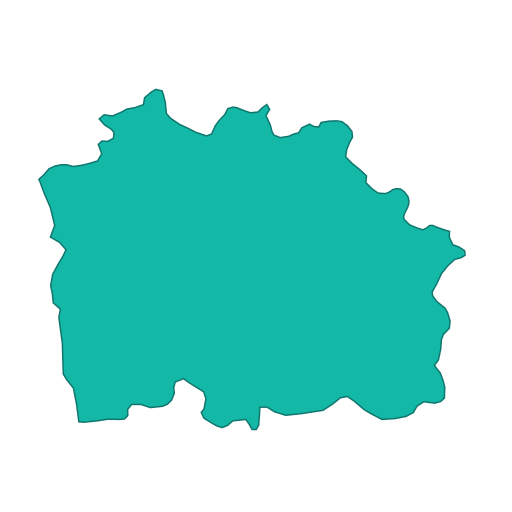 Svislach, Grodno, Belarus (Mercator projection), rotated 354°
{"feature_id": "67162791B1668576645583", "entity_name": "Svislach", "entity_type": "district", "adm_level": 2, "iso_a3": "BLR", "parent_name": "Belarus", "parent_adm1": "Grodno", "projection": "mercator", "projection_center": [24.286, 52.932], "detail": "fine", "context": "isolated", "style": "filled", "palette": "teal", "viewbox_px": 512, "rotation_deg": 354, "n_neighbors": 0, "source": "geoboundaries", "source_scale": "gbopen_adm2", "svg_char_len": 2657}
<svg xmlns="http://www.w3.org/2000/svg" viewBox="0 0 512 512"><g transform="rotate(354 256 256)"><path d="M451.1,251.8L446.9,250.1L439.7,246.7L434.7,244.0L432.0,243.8L428.0,246.3L424.5,247.4L418.2,244.5L411.8,240.9L407.2,235.1L406.8,232.4L408.5,228.7L412.0,223.3L413.3,220.2L413.9,217.2L413.3,212.7L410.2,207.7L406.6,204.4L402.7,203.7L399.1,204.2L395.6,206.2L391.4,207.5L384.0,206.2L378.8,201.7L372.9,194.5L374.3,187.9L367.7,180.4L361.1,173.8L355.5,166.7L357.3,159.7L361.1,152.6L364.4,147.9L364.4,142.2L360.6,136.1L355.5,131.4L350.3,130.0L342.8,129.5L334.8,130.0L331.9,134.2L327.2,133.3L323.0,130.5L315.0,133.3L311.2,138.0L307.0,138.5L300.9,140.4L292.4,140.8L286.3,137.5L284.9,133.8L283.9,127.2L280.6,117.3L284.9,111.6L282.5,106.5L276.9,109.8L273.1,113.0L270.7,113.0L265.6,113.0L259.4,110.2L252.4,106.5L248.6,105.5L243.4,106.5L239.7,112.1L233.1,117.8L229.3,122.0L224.6,130.0L219.4,131.4L209.1,126.7L201.1,121.5L194.0,117.3L185.5,110.2L181.8,105.0L181.8,99.4L181.8,93.3L180.8,86.2L179.9,82.0L176.2,80.7L173.8,79.8L169.2,81.9L161.7,87.0L159.9,93.7L151.2,95.8L143.0,96.4L137.3,98.8L128.0,101.8L119.8,99.7L114.4,103.3L119.2,109.9L125.3,114.8L127.7,118.4L126.5,124.1L120.4,126.5L114.7,125.6L110.8,128.6L112.3,134.3L113.2,138.3L108.4,144.9L99.0,146.7L91.5,147.6L83.7,147.9L77.4,145.5L71.9,144.9L65.6,145.5L59.3,147.6L53.6,153.0L48.0,157.1L48.7,158.7L51.9,171.3L56.6,186.4L59.0,204.6L53.5,215.7L62.2,222.0L67.7,229.9L63.8,236.3L59.0,242.6L51.9,252.9L48.7,264.0L49.5,271.9L49.5,281.4L55.9,288.5L53.5,296.5L54.3,322.6L52.0,353.1L54.5,358.7L60.6,368.3L62.1,385.1L62.5,402.4L67.7,403.3L81.9,403.3L91.5,402.8L103.7,404.3L108.2,404.3L111.8,401.3L112.3,395.2L116.8,390.6L126.0,391.6L135.1,395.7L147.2,395.7L152.3,394.2L156.9,390.6L160.4,384.0L160.4,378.5L162.4,372.9L171.1,370.4L176.1,374.9L180.7,378.5L189.8,385.6L191.3,392.7L188.3,402.8L185.2,405.8L187.3,411.9L193.9,417.0L199.4,421.0L204.5,423.1L210.1,421.5L215.7,417.5L223.3,417.5L228.8,417.5L231.9,423.1L233.9,428.1L238.0,428.6L241.0,424.6L241.5,421.5L243.0,413.4L244.0,406.8L251.1,407.4L258.2,412.9L268.9,417.5L280.0,417.5L284.6,417.5L306.4,416.5L316.5,411.4L325.1,405.8L332.2,405.3L338.3,410.4L347.4,420.0L353.5,424.6L364.2,431.7L377.3,432.2L388.5,431.2L396.1,428.1L400.6,422.0L407.7,418.5L418.4,421.0L424.5,420.0L428.5,417.0L430.0,406.3L429.0,399.2L427.0,391.6L421.9,383.5L426.5,378.5L430.0,367.8L431.6,358.7L434.1,353.6L440.7,348.1L442.2,341.0L440.7,332.8L438.7,327.8L431.1,320.2L427.5,314.1L427.5,310.0L432.6,302.9L438.7,292.8L445.8,285.7L453.4,280.1L459.9,279.1L464.0,277.1L464.0,272.5L458.4,268.0L452.9,265.4L450.3,257.8L450.8,252.3L451.1,251.8Z" fill="#14b8a6" stroke="#0f766e" stroke-width="1.5"/></g></svg>